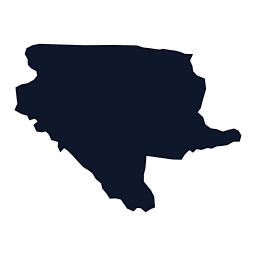 Sério, Rio Grande do Sul, Brazil (Mercator projection)
{"feature_id": "56859067B15615796169144", "entity_name": "Sério", "entity_type": "district", "adm_level": 2, "iso_a3": "BRA", "parent_name": "Brazil", "parent_adm1": "Rio Grande do Sul", "projection": "mercator", "projection_center": [-52.238, -29.405], "detail": "fine", "context": "isolated", "style": "filled", "palette": "ink", "viewbox_px": 256, "rotation_deg": 0, "n_neighbors": 0, "source": "geoboundaries", "source_scale": "gbopen_adm2", "svg_char_len": 1342}
<svg xmlns="http://www.w3.org/2000/svg" viewBox="0 0 256 256"><path d="M15.4,109.8L21.8,113.3L27.9,115.1L29.7,119.4L35.0,117.9L38.9,121.4L34.3,125.1L37.1,130.9L41.8,131.5L46.2,130.7L49.5,134.1L51.8,139.4L59.1,141.5L58.4,146.4L60.5,151.0L64.0,147.1L68.5,150.4L73.0,154.9L79.2,161.8L83.8,166.6L88.8,169.6L93.0,172.9L96.4,178.6L101.8,183.0L102.9,188.2L107.1,193.1L110.1,197.9L115.9,197.6L121.3,198.9L127.5,207.9L133.4,210.5L136.7,207.2L140.9,207.4L145.7,211.4L150.4,208.4L154.3,206.9L153.8,201.6L153.5,196.9L150.6,191.1L146.8,186.3L143.1,181.8L143.1,174.7L144.6,168.4L145.3,161.5L145.7,155.0L172.5,158.7L181.1,159.0L184.6,153.6L189.3,149.1L193.0,151.7L196.3,148.3L201.3,149.2L207.0,147.3L212.0,147.8L216.3,145.7L221.8,145.2L227.2,144.4L233.4,140.9L239.1,140.9L240.6,135.5L238.0,131.2L233.9,129.3L228.3,130.7L222.8,132.3L216.5,129.9L210.3,129.0L204.7,124.7L202.5,117.6L196.7,112.3L200.1,107.8L201.6,101.7L203.5,95.2L205.3,89.1L204.2,79.2L196.5,76.0L192.5,71.7L191.7,66.2L189.2,60.7L191.9,54.8L184.8,54.6L180.0,52.6L174.7,51.3L169.4,50.7L163.5,49.6L159.4,50.3L155.4,49.8L150.3,49.0L143.5,48.3L136.7,46.2L113.1,45.7L85.3,46.0L39.2,44.6L32.6,46.0L27.1,48.8L25.5,53.9L28.4,59.1L28.6,64.6L32.1,68.1L36.9,70.5L38.1,75.7L34.1,80.5L27.7,84.0L21.6,85.1L16.3,87.9L17.0,95.0L18.1,103.8L15.4,109.8Z" fill="#0f172a" stroke="#020617" stroke-width="1.5"/></svg>